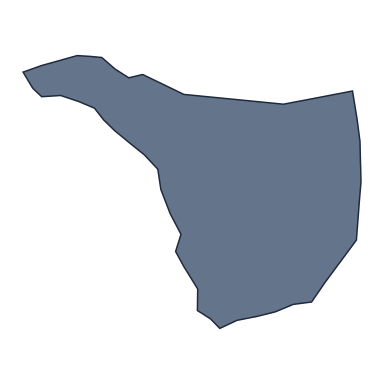 La Pendé, Logone Oriental, Chad (orthographic projection)
{"feature_id": "50815135B99305267844407", "entity_name": "La Pendé", "entity_type": "district", "adm_level": 2, "iso_a3": "TCD", "parent_name": "Chad", "parent_adm1": "Logone Oriental", "projection": "orthographic", "projection_center": [16.766, 8.864], "detail": "fine", "context": "isolated", "style": "filled", "palette": "slate", "viewbox_px": 384, "rotation_deg": 0, "n_neighbors": 0, "source": "geoboundaries", "source_scale": "gbopen_adm2", "svg_char_len": 769}
<svg xmlns="http://www.w3.org/2000/svg" viewBox="0 0 384 384"><path d="M33.1,88.6L41.7,96.7L60.7,95.5L78.9,101.6L94.5,108.2L103.6,119.9L114.5,130.5L130.1,143.4L144.3,154.8L157.8,169.2L160.9,189.6L170.2,213.7L181.0,234.3L175.6,251.5L183.9,266.7L197.7,289.0L197.4,310.5L210.5,318.9L219.8,328.4L236.8,320.4L257.9,316.2L275.4,311.8L293.2,304.4L311.6,302.0L324.9,282.6L356.4,240.1L359.4,200.8L361.0,182.0L360.6,165.2L360.5,164.4L360.5,163.1L360.0,141.5L357.1,119.3L352.5,91.0L304.1,100.3L296.5,101.7L294.5,102.1L283.5,104.2L222.4,98.2L183.8,94.4L156.8,81.3L156.3,81.1L156.1,81.0L142.7,74.5L128.8,77.8L119.5,71.9L115.0,69.0L101.8,57.5L90.3,56.4L77.1,55.6L41.7,65.5L23.1,72.1L27.1,78.8L28.0,80.4L32.0,87.0L33.1,88.6Z" fill="#64748b" stroke="#1e293b" stroke-width="1.5"/></svg>